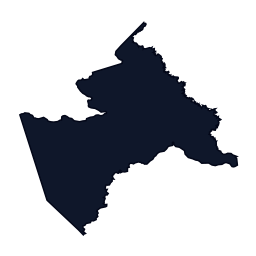 the district of Zaragoza, Antioquia, Colombia, rotated 87°
{"feature_id": "7082276B32326905944373", "entity_name": "Zaragoza", "entity_type": "district", "adm_level": 2, "iso_a3": "COL", "parent_name": "Colombia", "parent_adm1": "Antioquia", "projection": "natural_earth1", "projection_center": [-74.894, 7.495], "detail": "fine", "context": "isolated", "style": "filled", "palette": "ink", "viewbox_px": 256, "rotation_deg": 87, "n_neighbors": 0, "source": "geoboundaries", "source_scale": "gbopen_adm2", "svg_char_len": 5689}
<svg xmlns="http://www.w3.org/2000/svg" viewBox="0 0 256 256"><g transform="rotate(87 128 128)"><path d="M232.4,178.2L231.5,177.4L231.1,176.0L228.7,178.5L228.2,177.4L226.8,176.7L225.3,178.3L223.4,178.1L222.9,176.2L221.1,174.8L220.5,170.5L218.7,169.7L218.9,167.3L217.8,164.6L217.0,164.8L216.0,164.3L214.8,162.8L212.9,163.4L211.4,162.3L210.4,162.7L209.8,163.5L209.3,163.0L208.4,163.0L206.3,159.7L205.5,154.5L204.9,153.4L203.2,153.2L203.3,155.8L202.2,156.7L201.7,155.7L199.6,155.7L197.4,154.6L196.8,154.6L196.2,156.0L195.5,154.9L193.8,154.3L193.7,152.2L192.3,151.2L191.3,152.5L190.1,153.2L188.2,152.0L188.2,153.5L187.6,154.1L184.8,153.4L183.7,152.7L184.0,151.4L183.8,149.5L181.9,148.4L180.3,146.6L178.0,146.6L178.3,144.8L177.1,145.6L174.7,146.3L173.9,144.9L172.2,143.8L171.7,141.9L172.6,140.5L172.6,139.8L170.8,139.4L169.8,138.1L170.2,137.4L171.4,138.6L172.0,138.5L172.3,138.0L171.4,135.7L171.7,133.5L171.2,130.8L167.6,130.6L167.2,128.8L166.0,129.1L164.8,128.9L163.8,128.4L163.4,127.6L163.5,125.7L164.1,124.4L163.2,122.8L162.4,119.5L163.1,116.8L163.8,116.2L163.9,114.5L164.9,113.5L165.0,111.0L162.0,107.6L160.5,104.9L157.9,103.2L157.2,101.8L154.9,100.0L153.6,97.7L153.0,93.1L151.0,90.7L148.4,88.7L147.7,84.5L147.1,84.2L145.1,84.5L144.6,84.1L144.5,83.6L145.1,83.0L147.0,83.0L149.0,81.3L149.9,77.6L153.5,72.8L157.1,72.3L160.6,69.3L162.1,65.0L163.5,62.2L164.1,59.6L165.4,57.9L167.0,56.3L167.2,49.2L169.3,46.1L170.1,42.8L169.3,39.6L169.2,36.1L167.7,33.1L167.7,31.5L169.0,28.1L171.9,26.2L172.3,24.9L172.1,23.4L170.8,20.7L164.0,21.1L162.9,22.3L162.5,22.2L162.1,20.9L160.4,24.8L158.9,26.4L158.5,29.7L159.3,32.0L159.4,34.1L157.8,36.1L156.0,36.7L155.5,38.2L153.8,40.2L152.9,39.4L152.1,40.3L151.2,40.1L149.8,41.3L149.4,40.7L146.6,40.7L146.0,40.4L146.2,41.0L143.8,41.6L143.9,42.5L142.8,42.0L142.8,42.5L142.2,43.0L142.2,43.7L141.1,43.6L141.0,45.8L139.6,46.0L139.2,45.7L138.5,47.3L137.5,46.5L136.7,46.4L136.4,46.7L135.5,45.1L133.9,44.8L133.7,43.2L134.5,43.1L133.9,42.1L134.8,41.4L134.8,41.0L132.4,40.0L132.3,38.8L131.3,38.8L131.5,39.6L130.8,39.6L130.6,38.7L130.1,39.4L130.0,38.9L129.4,38.5L129.5,37.7L130.0,37.9L129.8,37.6L127.4,36.9L125.2,37.6L124.9,35.6L124.4,34.9L122.7,37.4L121.4,37.2L122.3,38.7L121.5,38.5L120.5,39.1L120.3,39.4L120.9,40.2L120.1,41.0L120.1,40.4L119.8,40.4L119.3,41.5L117.0,41.4L117.8,39.8L117.2,38.5L116.6,38.8L116.6,39.9L115.0,40.2L114.5,41.2L113.4,39.8L113.5,40.9L114.3,42.7L113.7,43.8L114.5,43.7L115.1,45.7L114.1,47.2L113.4,47.2L112.9,46.5L112.7,47.6L112.2,47.9L112.2,48.9L111.2,48.9L111.4,49.5L110.2,49.0L109.7,49.4L110.0,50.1L109.3,52.2L110.0,51.8L110.4,52.5L112.0,53.4L109.6,54.7L109.4,56.3L108.4,55.7L108.4,56.5L107.8,56.3L108.1,56.8L107.0,57.4L107.6,58.6L106.4,59.1L107.1,59.7L106.9,60.3L106.5,60.3L105.9,59.1L105.6,59.2L105.2,60.2L105.7,61.1L105.0,63.4L104.5,63.6L104.1,62.9L102.7,62.3L102.5,62.0L103.0,61.2L102.4,61.5L102.1,62.5L101.4,62.8L101.9,63.8L101.4,64.3L101.7,64.9L101.1,65.0L101.5,65.8L100.8,65.8L101.3,65.9L100.8,67.1L101.3,67.6L100.2,68.3L99.7,69.5L99.0,69.5L99.7,68.7L98.9,68.3L98.7,69.6L98.4,68.8L98.0,69.4L97.1,69.5L96.4,72.0L95.8,71.3L95.5,70.0L94.8,69.7L93.8,69.8L93.6,70.6L92.8,70.9L92.8,71.6L92.1,70.8L92.8,69.0L91.1,70.9L90.1,70.8L89.6,71.6L88.9,70.6L88.7,69.1L87.9,68.9L88.2,69.7L87.6,70.2L86.1,68.8L86.1,69.3L85.6,69.6L86.1,69.8L85.4,70.2L85.8,70.4L85.2,71.2L85.8,71.1L84.7,72.4L86.0,74.5L85.9,75.3L82.9,76.8L81.2,75.2L80.8,75.2L81.1,75.5L80.7,76.1L80.1,75.6L80.4,76.1L79.8,76.1L79.4,79.3L80.2,80.1L79.3,80.7L78.7,79.9L78.5,80.1L79.2,81.8L79.0,82.7L78.5,82.9L78.2,82.5L77.8,82.5L78.2,82.9L77.1,83.4L77.0,84.0L77.4,84.5L76.2,85.3L75.2,85.1L74.6,84.3L74.1,84.4L74.3,85.0L73.8,85.0L74.4,86.5L73.9,87.0L74.4,87.4L74.0,87.5L74.3,88.0L73.8,89.1L73.1,88.5L72.8,89.2L72.3,89.1L71.4,88.1L70.8,88.7L70.4,88.4L70.0,89.7L69.6,89.8L68.7,89.2L69.8,88.0L69.7,87.5L68.6,88.5L67.9,88.4L67.6,88.8L67.2,88.4L67.7,87.9L66.2,87.8L66.0,88.5L65.4,88.5L66.2,89.7L64.6,90.0L64.5,90.5L64.2,90.2L64.0,90.7L63.3,90.6L62.5,91.3L60.5,90.3L60.2,90.7L60.5,91.0L59.5,91.8L59.4,91.2L58.2,91.2L55.8,93.9L55.9,94.5L56.9,95.3L57.2,96.4L56.9,96.9L55.5,96.7L56.1,97.4L55.4,98.0L54.2,97.9L53.9,98.6L53.5,97.0L52.9,96.5L52.5,97.9L50.1,97.6L50.6,99.9L49.8,100.3L48.8,99.9L49.3,100.8L48.9,102.3L49.9,106.4L49.5,107.9L50.1,108.7L47.7,108.7L46.9,109.1L46.8,109.6L47.3,109.9L47.4,110.5L46.7,112.6L47.6,113.1L45.1,114.2L43.7,115.3L43.1,117.9L42.5,118.8L42.0,118.1L40.6,118.8L38.2,118.0L37.8,119.5L36.9,119.7L35.9,117.9L34.9,117.6L35.0,115.6L33.6,114.3L32.8,114.4L32.6,112.4L32.1,111.8L31.5,112.0L31.8,110.7L30.6,110.2L31.1,109.4L30.3,108.3L27.7,107.3L27.0,105.5L25.3,104.6L24.5,104.9L24.3,106.7L23.6,106.8L45.5,130.7L50.8,136.0L54.2,136.8L55.8,135.3L58.3,133.8L59.8,131.4L59.8,130.6L60.7,129.8L61.8,130.5L63.2,130.5L70.7,160.5L72.6,160.3L74.3,161.7L74.5,163.3L75.7,164.1L77.0,163.8L77.6,168.9L77.4,169.6L76.3,170.7L77.5,171.7L77.8,173.1L77.7,174.6L78.5,175.8L80.8,177.4L81.4,177.4L83.3,176.0L84.6,176.0L88.5,173.5L90.9,171.3L92.6,168.6L93.6,167.8L94.6,165.9L94.9,163.9L96.3,162.3L98.0,163.3L98.3,164.3L98.1,166.2L98.9,166.8L102.3,166.1L103.6,166.4L104.7,166.2L105.9,163.8L106.7,159.8L108.8,156.2L110.7,154.0L110.3,149.6L111.1,148.7L112.3,148.8L112.3,150.2L113.9,152.1L114.4,154.4L113.4,157.1L113.5,159.2L115.0,161.7L115.3,165.1L116.5,168.8L118.5,169.5L118.6,172.6L119.2,176.0L118.0,181.4L115.6,183.7L115.0,186.3L113.3,188.4L112.3,190.3L112.5,192.3L113.3,193.5L116.6,194.0L116.6,195.3L117.9,197.9L118.2,201.9L117.8,204.7L117.0,207.4L115.4,208.3L113.0,211.7L114.2,216.6L113.8,219.0L113.2,220.1L113.2,221.4L110.8,222.6L110.2,223.2L109.6,225.0L108.2,226.2L107.5,230.3L108.3,231.7L108.4,233.7L109.2,235.3L195.9,212.6L227.2,182.7L232.4,178.2Z" fill="#0f172a" stroke="#020617" stroke-width="1.5"/></g></svg>